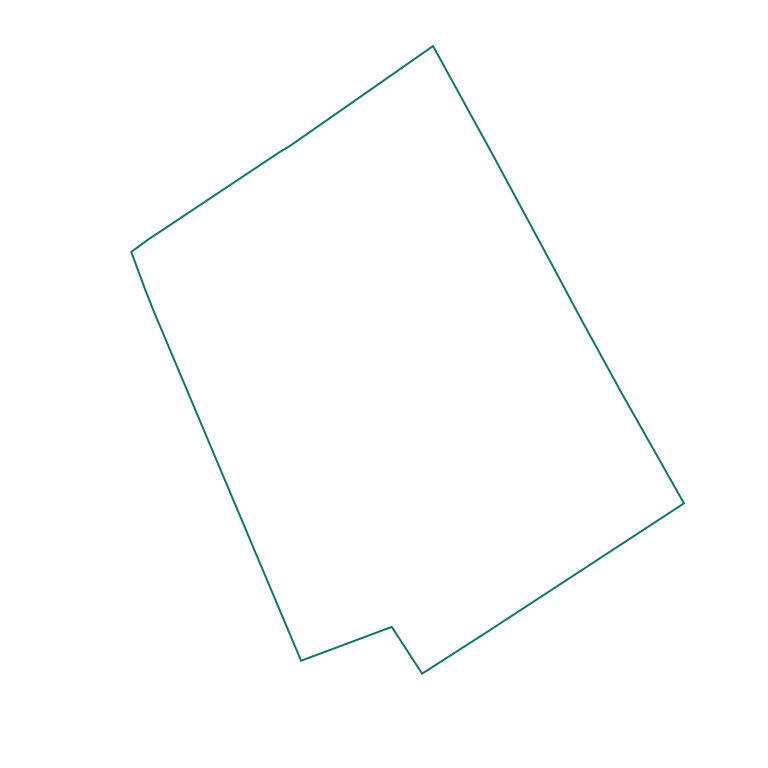 the district of Bradford, Pennsylvania, United States of America, rotated 61°
{"feature_id": "52423323B55160091644595", "entity_name": "Bradford", "entity_type": "district", "adm_level": 2, "iso_a3": "USA", "parent_name": "United States of America", "parent_adm1": "Pennsylvania", "projection": "orthographic", "projection_center": [-76.584, 41.772], "detail": "fine", "context": "isolated", "style": "outline", "palette": "teal", "viewbox_px": 768, "rotation_deg": 61, "n_neighbors": 0, "source": "geoboundaries", "source_scale": "gbopen_adm2", "svg_char_len": 477}
<svg xmlns="http://www.w3.org/2000/svg" viewBox="0 0 768 768"><g transform="rotate(61 384 384)"><path d="M585.8,590.7L600.2,495.0L655.8,491.1L650.8,413.3L633.8,179.5L501.5,180.6L497.4,180.5L422.5,180.2L419.6,180.1L415.2,180.1L358.8,179.2L358.5,179.2L305.1,178.6L230.6,177.7L186.4,177.6L173.6,177.5L116.4,177.3L115.7,177.4L112.2,177.3L130.1,350.1L130.6,363.5L143.3,519.9L145.9,541.0L186.9,547.3L210.3,550.3L585.8,590.7Z" fill="none" stroke="#0f766e" stroke-width="2"/></g></svg>